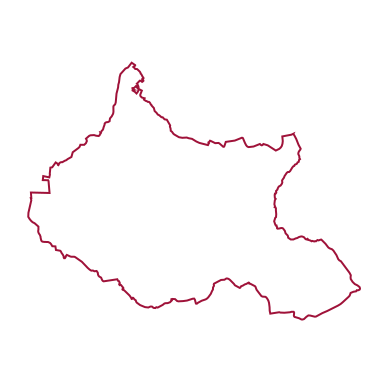 the district of Sangeorgiu De Padure, Mures, Romania, rotated 358°
{"feature_id": "2599482B81153426135249", "entity_name": "Sangeorgiu De Padure", "entity_type": "district", "adm_level": 2, "iso_a3": "ROU", "parent_name": "Romania", "parent_adm1": "Mures", "projection": "mercator", "projection_center": [24.904, 46.423], "detail": "fine", "context": "isolated", "style": "outline", "palette": "rose", "viewbox_px": 384, "rotation_deg": 358, "n_neighbors": 0, "source": "geoboundaries", "source_scale": "gbopen_adm2", "svg_char_len": 6013}
<svg xmlns="http://www.w3.org/2000/svg" viewBox="0 0 384 384"><g transform="rotate(358 192 192)"><path d="M354.3,296.1L356.0,295.5L356.5,294.7L356.5,294.0L356.1,292.8L354.1,291.1L351.5,289.7L349.4,287.5L347.6,284.5L347.5,282.7L347.8,280.7L346.5,278.1L338.4,266.4L336.9,265.5L335.8,264.2L334.2,260.2L331.3,255.5L329.9,254.1L327.5,253.1L326.3,252.2L323.6,248.4L319.6,244.1L319.0,244.1L316.8,244.8L315.7,244.4L314.1,245.6L313.3,245.4L312.5,245.7L310.5,245.1L309.7,245.4L308.8,244.7L306.8,244.0L305.8,242.8L305.6,242.9L305.5,243.6L303.9,243.1L302.3,241.1L300.8,240.4L299.6,240.2L297.4,240.7L295.5,241.7L294.0,242.0L291.6,243.0L289.0,242.9L286.5,241.0L286.4,239.7L286.1,238.8L284.1,236.6L283.4,234.0L281.7,231.6L280.9,231.2L279.9,231.1L277.5,231.6L276.1,231.6L275.7,231.1L275.8,230.0L275.1,229.1L275.3,228.4L274.3,227.9L273.9,226.9L273.1,224.1L274.3,220.7L275.1,220.0L275.4,217.1L275.2,213.2L275.3,211.3L274.9,210.3L274.1,210.1L274.4,209.1L273.9,207.1L274.5,203.1L275.4,201.8L274.6,200.8L274.5,197.9L274.7,197.1L274.9,197.3L276.2,195.6L276.0,194.0L277.5,192.5L277.8,191.4L278.9,189.6L280.8,188.6L282.1,186.9L282.6,185.6L282.4,183.8L282.8,183.0L284.4,180.9L285.0,179.4L287.4,176.1L288.4,175.4L289.7,175.4L290.8,174.5L293.1,171.0L294.2,169.8L295.1,169.5L295.7,168.3L297.5,167.6L298.0,167.1L298.5,166.1L299.7,165.6L300.1,163.7L301.1,162.9L300.5,161.8L300.5,160.0L299.6,157.9L299.6,156.9L300.2,155.3L301.8,153.3L302.1,152.5L300.1,148.5L298.0,142.6L296.3,139.1L295.3,137.5L295.4,137.3L293.3,138.2L284.2,139.6L284.5,144.3L284.1,146.9L283.3,149.2L282.3,150.6L280.8,151.9L277.2,153.5L269.3,148.0L265.0,146.5L264.3,147.4L263.4,147.8L262.5,147.4L261.5,146.4L255.1,148.7L250.2,149.1L249.4,148.8L248.5,148.2L247.6,146.9L246.5,144.5L244.8,140.0L244.5,139.7L243.8,139.5L236.6,142.1L227.5,143.1L226.0,147.2L225.5,147.9L224.8,147.9L221.1,144.4L220.2,143.9L216.9,144.0L212.3,141.5L211.7,141.4L211.1,142.5L210.2,142.9L210.1,143.3L210.5,144.0L210.1,144.3L209.9,145.3L209.6,145.7L201.1,143.2L198.1,141.7L193.9,138.9L190.4,138.1L188.7,137.4L184.2,137.5L180.9,136.8L176.3,133.9L175.4,133.1L174.1,131.1L172.9,130.1L172.8,127.8L172.2,125.9L172.5,124.7L169.4,118.9L167.1,118.4L165.3,116.3L164.1,116.2L162.0,114.2L160.5,113.4L159.3,111.6L157.5,109.8L156.8,106.7L154.8,104.4L154.5,103.6L153.9,103.2L153.4,101.9L152.7,100.9L152.0,100.4L151.0,100.4L149.9,99.6L148.9,99.3L147.2,98.0L147.9,96.7L145.3,95.9L144.2,94.8L143.7,94.0L143.7,92.9L145.4,88.9L142.7,87.4L142.4,87.6L142.1,88.5L141.1,90.3L140.0,91.6L138.3,89.8L136.2,88.5L136.4,88.1L137.6,87.9L136.3,87.3L136.1,86.8L136.1,86.1L137.9,85.9L139.8,84.1L140.2,84.4L140.5,85.4L141.7,86.9L142.3,86.7L142.1,84.6L141.2,82.3L140.7,81.8L143.7,78.9L144.6,79.1L146.0,80.2L146.8,79.7L147.3,79.2L146.1,77.5L146.3,77.2L147.3,77.1L147.5,76.7L147.4,76.0L146.7,75.2L145.5,72.6L144.8,71.9L144.6,70.9L144.0,69.9L141.5,67.3L139.5,67.0L138.9,66.1L137.7,65.0L139.6,63.7L139.6,63.2L136.2,60.7L132.4,65.3L129.8,66.3L124.6,71.7L123.7,74.6L122.9,79.7L122.1,82.2L121.8,84.9L120.0,91.0L118.9,99.8L118.2,101.8L117.3,102.5L116.5,103.5L116.4,104.4L116.3,109.1L115.9,111.0L114.4,113.6L112.6,115.6L112.1,118.4L110.4,119.2L108.8,119.3L107.8,119.8L107.1,120.6L107.0,121.6L105.9,124.3L105.4,126.0L104.9,126.9L103.9,127.7L103.0,129.6L102.5,129.4L102.8,130.3L102.0,131.1L101.7,132.0L100.7,132.8L98.1,132.4L96.1,131.7L92.5,131.8L91.2,132.3L87.9,135.0L88.5,136.3L88.7,137.4L87.7,139.5L85.9,141.1L82.1,140.9L81.2,143.0L80.0,144.1L74.2,148.1L72.7,152.8L68.8,154.8L67.5,155.8L66.0,156.3L63.4,157.7L62.3,157.6L61.2,158.0L60.5,158.5L59.4,160.5L59.0,160.3L58.6,159.0L56.8,157.7L53.2,162.4L51.3,162.7L50.5,168.7L50.6,169.7L49.9,172.4L43.9,170.9L43.3,174.9L48.6,175.2L49.0,176.0L49.6,188.0L31.0,186.9L31.2,192.4L30.7,192.4L31.1,194.7L27.8,207.1L27.5,211.1L28.7,213.2L30.0,215.0L31.6,216.6L33.6,217.7L37.3,221.2L37.2,224.2L36.9,225.6L37.0,226.7L37.5,228.1L38.5,229.6L39.1,231.5L39.1,232.5L39.7,235.3L40.2,236.0L40.8,236.4L42.4,236.7L46.6,237.0L48.4,238.0L49.3,239.1L50.5,241.3L53.6,241.6L54.0,245.2L58.2,246.1L58.8,246.7L59.5,248.3L60.7,250.1L61.5,251.8L61.5,253.0L61.9,253.7L62.7,253.7L63.4,252.7L63.9,251.4L64.7,250.5L67.9,252.1L69.1,252.5L72.1,252.6L73.0,253.0L79.5,257.9L85.1,264.2L87.0,266.0L88.6,267.1L90.2,267.0L91.7,267.8L93.9,267.6L95.0,269.3L95.2,271.3L95.7,272.5L96.4,273.3L98.2,274.4L99.0,276.6L99.7,277.7L100.6,278.2L114.3,276.6L114.8,277.8L115.4,278.6L115.9,278.6L116.6,280.1L116.6,280.8L116.1,281.3L116.0,281.9L116.5,282.5L117.1,282.2L117.7,282.4L120.0,285.4L120.0,286.1L119.2,286.5L119.1,287.0L119.7,287.5L120.4,287.6L121.6,288.7L126.0,293.3L127.6,295.8L127.7,296.4L128.0,296.8L128.4,296.7L128.8,295.8L129.2,295.6L129.6,295.8L131.0,297.6L132.0,298.3L132.4,299.8L132.9,300.6L136.2,303.2L141.0,305.4L144.3,305.9L146.3,305.1L147.0,305.0L148.2,305.2L149.4,306.4L150.3,306.6L151.3,306.7L152.3,305.9L153.7,306.3L158.8,303.8L160.5,302.5L161.5,302.2L163.8,302.2L166.2,301.4L167.2,300.4L167.4,299.7L167.7,300.0L168.2,299.5L168.4,299.0L168.1,298.3L168.9,298.2L171.4,298.5L173.3,300.4L174.6,300.8L179.4,300.7L183.3,300.3L188.9,298.7L190.4,298.6L191.1,299.6L192.0,303.6L192.9,303.8L194.1,302.9L197.9,301.0L201.9,299.8L203.3,299.0L204.6,297.8L207.2,294.5L208.6,291.6L209.5,290.2L209.7,288.1L210.7,286.5L210.5,285.2L210.8,284.4L218.0,280.9L221.4,280.8L223.2,279.7L223.9,279.6L225.5,280.1L226.9,281.2L230.7,285.3L231.6,286.7L236.3,289.5L236.9,289.3L237.7,288.0L239.8,287.2L241.5,286.2L243.2,285.7L245.4,284.5L245.9,284.7L246.1,285.6L247.0,285.7L251.6,288.3L252.1,288.9L253.1,291.9L257.7,298.4L258.8,299.0L261.6,299.3L262.4,299.8L263.4,301.1L264.5,303.2L265.1,305.4L265.5,309.8L265.5,313.4L266.0,316.3L275.0,315.2L276.2,315.6L280.2,315.9L285.8,315.6L287.2,315.2L289.4,315.3L289.8,315.8L289.8,316.7L289.5,319.0L289.6,319.6L290.1,320.4L294.6,321.9L296.9,323.2L298.0,323.3L299.5,322.9L302.0,320.7L304.0,319.4L305.8,319.6L310.4,320.9L311.6,320.8L318.0,317.6L323.1,315.6L334.0,310.6L336.5,309.2L338.7,307.5L345.0,302.1L346.0,301.0L347.0,298.4L350.0,297.3L352.5,297.0L353.3,295.9L354.3,296.1Z" fill="none" stroke="#9f1239" stroke-width="2"/></g></svg>